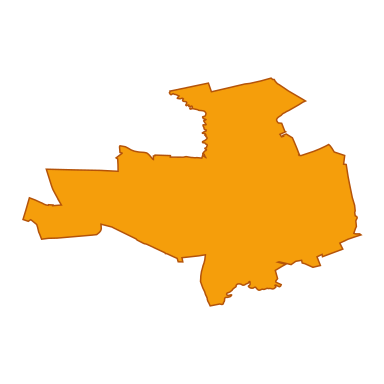 Krāslava, Kraslavas, Latvia
{"feature_id": "27541924B97112001727549", "entity_name": "Krāslava", "entity_type": "district", "adm_level": 2, "iso_a3": "LVA", "parent_name": "Latvia", "parent_adm1": "Kraslavas", "projection": "natural_earth1", "projection_center": [27.168, 55.899], "detail": "fine", "context": "isolated", "style": "filled", "palette": "amber", "viewbox_px": 384, "rotation_deg": 0, "n_neighbors": 0, "source": "geoboundaries", "source_scale": "gbopen_adm2", "svg_char_len": 5943}
<svg xmlns="http://www.w3.org/2000/svg" viewBox="0 0 384 384"><path d="M210.2,305.9L218.8,304.2L219.0,304.1L219.6,304.0L222.0,304.5L223.1,304.0L223.4,303.5L223.4,302.8L224.3,301.4L224.6,300.0L224.6,298.7L224.7,298.3L225.0,298.0L225.4,297.6L225.8,297.4L226.3,297.4L227.4,297.4L230.1,296.7L230.9,296.1L231.5,295.4L231.6,295.0L231.3,294.8L231.0,294.8L228.4,295.4L227.6,295.4L226.7,294.7L226.6,294.1L226.8,293.6L227.3,292.9L228.3,292.7L230.2,291.8L230.6,291.5L231.1,291.0L232.0,290.4L232.6,289.4L233.8,288.3L235.0,287.4L235.7,287.0L236.1,286.5L236.1,285.5L236.4,285.0L236.8,284.6L237.4,284.1L238.1,283.9L239.8,283.9L241.3,284.3L242.3,285.0L242.6,285.1L243.2,285.2L243.9,285.1L244.6,284.9L246.4,283.8L247.9,283.3L248.4,282.9L249.1,281.7L249.5,281.5L249.8,281.6L250.0,282.0L250.1,284.4L249.6,285.2L248.6,285.9L248.4,286.2L249.0,287.1L250.1,287.8L251.0,288.1L252.1,288.2L253.1,288.1L254.5,287.3L255.3,287.2L255.8,287.4L256.5,288.4L257.4,289.3L258.0,289.8L258.6,290.1L259.2,290.2L260.0,290.1L261.8,289.3L262.2,289.2L262.4,289.2L263.6,289.4L264.1,289.4L264.8,289.2L267.1,288.3L268.7,288.6L269.8,288.4L271.1,288.6L272.2,288.9L273.0,288.9L274.0,288.6L275.0,287.8L275.7,287.3L275.8,286.7L275.8,286.2L275.5,285.8L275.0,285.5L275.2,285.1L276.2,285.2L276.5,285.3L277.3,285.9L279.2,286.7L279.7,286.7L280.4,286.2L280.7,285.9L281.0,285.2L281.2,284.6L277.2,282.8L275.7,281.9L275.8,280.9L277.6,278.7L275.3,270.4L282.4,266.1L285.7,264.3L277.9,262.2L279.1,261.8L291.1,264.6L295.8,261.3L301.6,260.3L302.2,263.0L304.9,263.7L312.9,267.3L320.4,265.5L317.0,256.8L322.1,254.4L322.5,256.7L342.8,249.1L339.8,243.1L348.3,239.1L355.7,236.6L361.0,234.9L359.7,233.9L355.6,233.9L353.8,233.3L355.5,228.4L356.4,226.5L355.8,220.8L357.2,217.9L356.7,216.5L355.3,215.9L355.0,214.6L354.7,212.3L355.2,210.9L354.6,205.3L352.3,197.6L349.5,183.9L348.1,176.7L346.2,164.5L345.9,164.4L343.6,164.2L344.7,155.5L334.2,152.0L331.9,148.2L330.2,145.9L328.7,144.5L325.3,146.3L319.5,149.0L313.8,151.3L301.0,155.6L299.1,155.4L298.9,155.0L299.5,154.9L298.5,152.6L297.1,148.9L294.1,141.7L292.4,137.8L286.2,134.0L282.8,135.4L283.4,136.3L281.5,136.8L280.3,134.8L279.9,134.3L285.6,131.8L284.8,131.3L281.7,123.3L279.2,123.0L278.8,123.1L278.3,122.9L277.7,122.3L276.9,121.1L276.6,120.2L276.6,119.6L277.1,118.5L277.9,117.6L278.6,117.0L281.2,115.3L282.3,114.1L283.2,113.4L284.7,112.7L286.6,111.5L288.8,110.5L298.9,104.7L303.0,102.1L305.5,101.0L302.7,99.3L288.5,91.0L288.2,90.8L279.5,84.9L277.3,83.6L275.0,81.0L274.9,80.6L274.2,79.5L272.7,79.5L271.1,78.1L261.0,80.9L249.9,83.4L244.8,84.0L212.3,91.6L211.4,91.7L208.4,83.1L170.0,91.1L170.1,91.3L170.0,91.8L169.5,92.5L169.4,92.8L170.1,94.0L170.4,94.4L170.9,94.7L171.2,94.7L171.8,94.4L172.7,93.7L173.2,93.6L173.6,93.8L173.9,94.1L174.2,94.3L175.3,94.4L176.7,94.9L179.0,96.0L177.3,98.1L177.3,98.3L177.8,98.5L179.8,98.8L180.3,98.8L181.8,98.3L182.3,98.3L182.8,98.4L183.2,98.7L183.4,98.9L183.3,99.2L182.8,99.7L182.6,100.1L182.6,100.4L183.1,101.2L183.4,101.3L185.8,101.7L186.4,102.0L186.7,102.4L186.7,102.9L186.5,103.7L185.9,104.7L185.8,105.1L186.1,105.5L186.5,105.7L188.0,105.1L188.5,105.0L188.9,105.1L189.0,105.3L188.8,106.2L188.9,106.3L189.2,106.7L189.7,106.9L190.0,106.9L190.8,106.3L191.3,106.1L191.6,106.1L192.1,106.3L192.3,106.6L192.4,107.4L192.3,107.7L192.1,108.1L191.8,108.2L190.1,108.5L189.9,108.6L190.1,109.0L190.4,109.1L190.8,109.1L192.1,108.7L193.0,108.7L196.8,109.5L197.7,109.7L198.0,109.9L198.5,110.2L199.1,110.4L201.6,110.6L203.0,110.8L203.8,111.0L204.5,111.4L205.0,111.8L205.5,112.4L205.9,113.2L206.0,113.6L205.7,114.7L205.4,115.6L205.0,116.0L204.4,116.3L203.2,116.6L202.7,116.8L202.6,117.0L203.2,118.4L203.3,118.6L205.9,119.5L205.7,119.9L203.9,120.6L203.7,120.9L206.1,124.5L205.9,124.8L205.5,124.9L204.2,124.8L203.2,124.8L203.0,125.2L203.3,126.4L204.1,127.9L204.0,128.4L204.4,129.3L206.3,130.1L206.2,130.8L205.4,131.4L204.5,131.5L202.4,132.9L202.5,133.3L204.1,133.4L205.4,133.9L205.8,134.8L204.9,135.1L205.1,135.4L205.9,135.7L205.9,136.6L206.6,137.0L207.1,137.8L207.1,138.3L206.2,139.5L205.1,140.3L203.0,141.4L202.6,141.6L202.5,142.1L203.0,142.5L202.9,142.7L203.0,142.8L203.8,142.8L204.4,142.9L205.3,143.3L205.5,143.5L205.6,143.9L206.1,144.2L207.0,144.5L207.2,144.8L207.3,145.8L206.7,146.2L206.5,147.5L206.1,147.8L205.3,148.0L204.9,148.3L205.0,148.6L205.2,148.9L206.4,149.5L206.4,150.0L206.2,150.2L205.9,150.5L205.2,150.7L205.0,150.9L204.5,151.5L204.2,151.8L203.7,152.1L203.4,152.8L203.0,153.1L202.8,153.4L202.8,153.7L202.8,153.9L203.1,154.1L203.9,154.2L204.1,154.3L204.3,154.5L204.4,155.0L205.2,156.9L205.4,157.2L205.8,157.4L205.8,157.5L204.5,156.6L202.6,155.5L201.8,158.1L196.8,157.6L195.1,157.8L192.1,157.5L191.3,157.5L186.1,156.6L183.3,157.2L170.3,157.1L170.4,155.6L155.1,155.1L155.1,155.6L153.4,156.0L153.4,159.5L153.1,159.4L152.7,159.1L149.7,155.5L148.4,154.2L147.8,153.7L146.8,153.0L145.7,152.7L144.0,152.4L139.6,152.1L138.1,151.9L134.5,151.2L131.5,150.1L130.2,149.4L128.4,148.3L125.5,146.8L124.1,146.5L120.0,145.8L119.5,146.8L120.0,152.5L120.9,152.6L122.1,153.1L122.1,153.3L116.1,157.9L117.7,159.0L118.0,164.7L118.1,171.3L100.6,170.4L74.3,169.9L46.3,169.2L51.5,185.7L52.4,188.2L53.0,189.7L55.4,194.2L58.5,199.9L58.4,199.9L61.4,205.0L52.8,205.7L53.0,205.0L48.5,204.7L48.3,205.3L46.7,205.1L45.6,204.8L43.9,204.1L42.3,203.2L40.6,202.5L35.2,200.0L29.4,197.8L25.8,210.3L23.0,219.5L28.3,221.3L30.6,219.7L31.5,220.2L36.7,224.5L37.6,227.3L38.7,232.0L39.6,234.0L41.6,239.2L48.4,238.3L57.1,238.1L92.2,235.1L96.7,234.6L99.4,232.4L100.7,230.7L101.3,228.8L101.0,224.2L111.9,227.0L114.4,228.3L135.9,238.8L137.2,240.1L143.4,243.3L144.4,243.7L146.0,244.0L147.1,244.4L165.0,252.8L165.4,253.6L166.9,253.7L173.6,256.8L177.2,258.4L178.2,261.8L182.8,261.9L182.0,257.7L198.5,255.9L205.4,254.8L204.8,259.9L204.0,263.1L203.1,265.5L202.6,267.5L202.0,269.8L201.5,271.5L200.8,276.1L200.7,278.7L200.5,281.5L202.8,287.9L204.7,291.8L205.5,294.5L206.6,296.8L207.2,298.2L207.3,299.5L207.9,301.3L208.9,303.1L210.2,305.9Z" fill="#f59e0b" stroke="#b45309" stroke-width="1.5"/></svg>